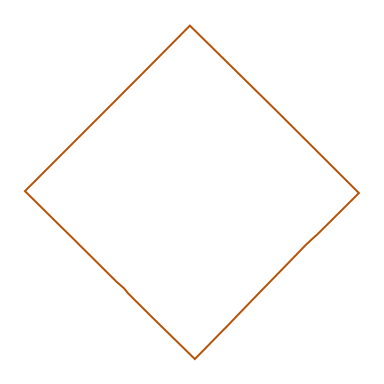 outline of Tarrant, Texas, United States of America, rotated 134°
{"feature_id": "52423323B78708010643826", "entity_name": "Tarrant", "entity_type": "district", "adm_level": 2, "iso_a3": "USA", "parent_name": "United States of America", "parent_adm1": "Texas", "projection": "mercator", "projection_center": [-97.198, 32.771], "detail": "fine", "context": "isolated", "style": "outline", "palette": "amber", "viewbox_px": 384, "rotation_deg": 134, "n_neighbors": 0, "source": "geoboundaries", "source_scale": "gbopen_adm2", "svg_char_len": 557}
<svg xmlns="http://www.w3.org/2000/svg" viewBox="0 0 384 384"><g transform="rotate(134 192 192)"><path d="M76.8,71.2L74.9,189.6L73.8,309.1L128.4,309.8L148.7,310.1L165.8,310.4L181.7,310.6L285.3,312.4L298.1,312.6L300.9,312.7L307.4,312.8L308.0,260.2L308.1,243.9L308.3,234.6L308.4,224.8L308.8,198.7L309.0,184.2L308.5,173.9L309.3,167.6L309.5,156.5L309.6,148.0L309.8,134.1L310.2,73.9L268.3,73.6L265.8,73.5L248.6,73.6L242.4,73.6L217.8,73.6L174.9,73.4L162.5,73.4L151.6,73.4L143.2,73.0L135.5,72.4L76.8,71.2Z" fill="none" stroke="#b45309" stroke-width="2"/></g></svg>